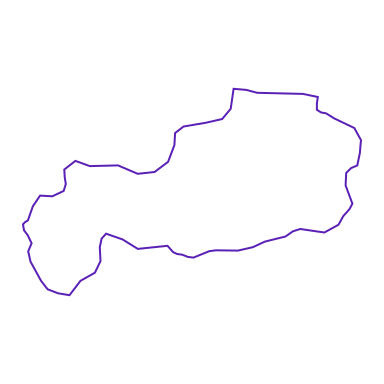 an SVG outline of Bolu
{"feature_id": "TUR-2268", "entity_name": "Bolu", "entity_type": "Province", "adm_level": 1, "iso_a3": "TUR", "parent_name": "Turkey", "parent_adm1": "", "projection": "albers", "projection_center": [31.568, 40.592], "detail": "fine", "context": "isolated", "style": "outline", "palette": "violet", "viewbox_px": 384, "rotation_deg": 0, "n_neighbors": 0, "source": "natural_earth", "source_scale": "10m", "svg_char_len": 1045}
<svg xmlns="http://www.w3.org/2000/svg" viewBox="0 0 384 384"><path d="M357.3,165.4L351.1,168.1L346.2,172.9L345.6,185.4L352.4,203.7L349.5,209.1L343.3,216.1L338.5,224.7L324.4,232.5L300.1,229.0L292.8,231.4L285.5,236.5L264.9,241.6L252.8,247.2L237.9,250.6L216.0,250.3L209.2,251.2L193.5,257.6L187.8,256.9L182.3,254.7L177.2,254.0L173.2,252.2L167.5,245.8L137.8,248.9L122.5,239.4L106.1,233.7L101.6,238.6L99.8,247.2L100.5,261.1L94.9,272.7L80.5,280.8L69.5,295.2L58.1,293.3L47.6,289.3L41.1,280.9L30.5,261.6L28.2,251.4L31.6,243.2L27.6,235.0L24.0,230.3L23.0,224.3L25.1,222.1L27.9,220.4L32.9,206.2L40.1,195.6L52.3,196.3L63.7,190.9L65.8,184.1L64.7,176.9L64.3,169.5L75.4,160.9L89.8,166.1L118.0,165.4L137.7,173.8L154.6,172.0L168.1,161.8L174.4,145.1L175.1,133.0L183.6,126.5L206.1,122.7L222.2,119.0L230.7,108.8L233.6,88.8L246.3,89.9L257.2,92.8L294.4,93.7L302.9,93.9L317.8,97.0L316.9,103.4L316.9,109.8L321.2,112.5L326.0,113.3L334.2,118.4L354.3,128.0L361.0,140.1L360.4,146.1L360.2,149.0L359.9,152.8L357.3,165.4Z" fill="none" stroke="#5b21b6" stroke-width="2"/></svg>